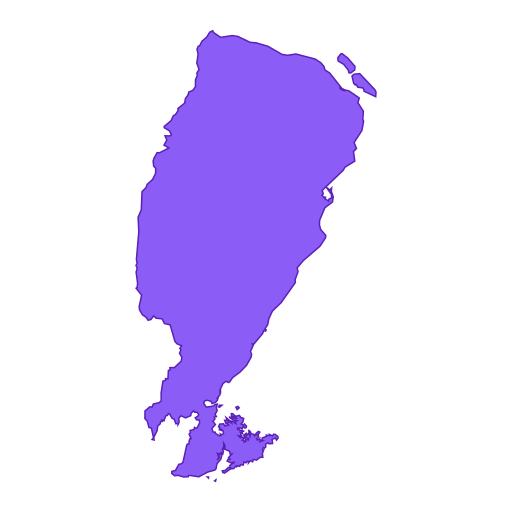 the district of Lombok Timur, Nusa Tenggara Barat, Indonesia
{"feature_id": "22746128B55307338459902", "entity_name": "Lombok Timur", "entity_type": "district", "adm_level": 2, "iso_a3": "IDN", "parent_name": "Indonesia", "parent_adm1": "Nusa Tenggara Barat", "projection": "orthographic", "projection_center": [116.527, -8.592], "detail": "fine", "context": "isolated", "style": "filled", "palette": "violet", "viewbox_px": 512, "rotation_deg": 0, "n_neighbors": 0, "source": "geoboundaries", "source_scale": "gbopen_adm2", "svg_char_len": 6069}
<svg xmlns="http://www.w3.org/2000/svg" viewBox="0 0 512 512"><path d="M151.4,428.0L153.5,437.7L152.1,439.5L154.1,440.0L153.7,437.6L157.1,430.7L157.7,426.1L160.2,423.8L160.6,421.5L162.3,421.4L162.2,419.9L164.0,420.8L165.7,415.9L167.5,415.4L168.3,413.6L169.7,414.1L171.9,418.1L174.2,419.3L175.9,423.8L177.9,423.5L178.0,424.6L179.1,422.2L178.8,417.9L181.1,415.8L185.6,417.9L190.8,415.6L191.1,413.3L193.6,410.8L194.6,412.2L197.3,412.3L198.6,414.7L198.1,416.0L195.2,417.8L196.5,419.8L199.2,420.1L199.7,422.6L197.3,427.5L195.8,428.2L194.5,427.4L193.9,429.5L190.0,430.5L190.5,432.3L189.1,434.2L191.1,438.6L190.0,438.6L189.2,440.6L188.9,444.1L187.4,444.1L186.7,445.2L183.0,462.2L181.2,463.9L178.8,464.3L175.5,470.4L171.8,471.4L171.7,473.5L174.8,475.8L177.8,475.3L183.7,477.0L188.3,476.7L188.4,475.7L189.9,475.4L198.8,476.8L207.9,472.0L214.8,470.1L216.1,468.6L216.9,463.9L220.9,459.1L222.2,453.4L218.9,454.7L219.2,457.6L217.1,460.2L218.8,457.4L217.4,453.3L219.1,454.0L221.5,452.5L222.8,453.9L223.4,451.6L222.4,449.1L222.8,448.2L223.7,448.9L223.7,443.2L224.8,445.0L225.1,449.3L229.6,451.3L230.2,454.3L231.9,454.0L228.6,457.5L229.9,459.1L228.2,459.1L227.1,461.0L231.0,462.9L234.8,462.0L229.7,465.5L230.8,468.1L228.4,467.4L225.0,470.6L222.3,470.7L222.8,472.5L224.5,473.1L230.7,468.8L233.7,468.6L236.0,465.8L236.7,466.8L237.6,465.7L239.7,466.4L240.6,464.6L243.2,465.1L244.0,461.9L246.0,462.8L247.5,461.3L248.6,461.7L248.5,462.9L250.1,460.8L252.7,461.8L253.3,459.4L256.5,460.1L260.4,457.2L262.8,457.3L262.4,453.4L263.7,450.0L262.7,450.1L262.6,449.0L263.3,447.6L264.4,448.2L265.7,447.1L265.8,444.0L267.9,442.8L269.0,443.8L272.6,443.5L272.1,439.3L275.4,438.1L276.5,440.1L278.1,438.0L277.9,436.5L275.3,434.5L273.6,434.2L272.5,435.9L269.5,434.5L269.8,435.5L266.3,435.1L266.7,436.3L262.3,437.9L261.9,440.0L263.1,440.5L260.0,441.6L260.7,440.0L259.3,439.5L259.6,438.5L257.5,440.1L256.5,438.9L258.6,436.8L258.2,434.8L259.8,432.1L258.4,431.4L256.0,433.5L256.8,434.8L254.8,434.7L254.6,435.7L253.6,434.2L250.1,433.6L250.1,436.2L248.6,433.7L250.7,432.2L248.5,429.9L249.2,432.4L246.7,435.3L246.1,433.3L243.9,435.2L245.1,436.0L244.2,436.7L248.6,438.4L248.4,440.0L245.7,439.1L245.8,441.7L243.9,441.9L244.1,440.6L242.4,440.2L244.3,438.4L242.0,437.5L241.7,435.9L240.3,437.7L238.5,435.9L240.1,436.2L241.0,433.8L240.4,432.4L242.5,433.4L241.8,431.6L244.2,431.2L239.6,430.1L238.8,428.8L237.6,429.4L237.4,428.1L240.2,427.8L242.2,428.9L243.1,426.6L245.1,428.1L246.2,427.4L246.5,426.1L244.4,424.0L243.4,425.2L241.1,423.9L242.7,422.4L243.7,418.4L240.7,417.4L239.4,415.4L235.6,416.3L232.6,413.6L231.3,413.6L231.6,416.5L233.7,416.4L236.7,418.4L235.6,419.1L235.1,418.3L229.6,417.1L229.6,417.5L234.6,420.9L236.9,420.8L235.2,422.2L235.7,423.4L231.9,421.1L230.7,421.1L231.5,423.0L229.5,421.8L227.9,422.2L229.3,420.3L226.2,417.7L227.2,420.3L224.6,420.3L226.1,423.9L226.9,423.1L228.6,425.1L224.8,426.0L223.6,423.8L219.6,424.1L218.6,426.8L219.5,426.8L219.5,428.7L221.2,429.2L219.8,429.9L223.2,431.0L223.5,433.6L221.5,434.8L220.3,434.0L220.6,435.7L219.5,435.8L215.6,433.5L215.1,432.1L213.1,432.1L211.9,428.4L215.4,424.6L213.0,421.2L214.9,419.1L214.3,417.0L216.4,416.6L215.1,414.2L217.2,410.7L216.3,407.6L217.4,404.1L214.9,404.5L213.2,406.1L206.4,407.1L203.7,403.5L204.5,401.1L207.0,400.2L211.1,401.4L212.0,403.6L215.7,402.2L217.3,400.4L218.0,398.0L217.3,398.0L219.9,394.9L220.0,391.0L220.5,391.8L220.5,388.8L223.0,383.5L225.9,381.3L228.4,382.5L229.8,381.8L232.5,377.7L240.1,372.0L246.5,365.4L251.0,357.4L251.6,354.4L250.5,351.5L253.5,344.6L251.4,343.7L254.0,343.9L262.6,333.6L263.7,330.6L265.6,331.1L266.2,329.9L264.8,329.0L267.6,324.9L268.9,318.6L272.4,311.1L281.1,302.7L295.4,282.5L295.1,279.7L298.0,271.8L297.2,267.8L303.5,260.4L320.0,246.2L325.5,237.8L325.8,235.4L320.6,229.4L319.4,224.6L319.7,220.1L324.9,207.7L332.5,202.0L333.2,196.8L331.3,191.3L331.6,188.0L330.0,189.8L329.0,189.4L327.3,187.9L326.7,187.8L331.5,194.5L331.5,197.9L328.9,199.2L328.6,201.1L324.7,198.6L325.5,197.3L323.4,196.9L322.0,195.0L323.3,193.8L322.2,190.4L343.4,170.1L344.8,167.3L354.8,161.1L353.5,151.6L356.5,148.5L354.1,142.6L361.9,130.5L363.6,121.4L362.8,119.0L363.4,111.3L357.9,102.7L359.3,98.0L349.1,91.0L344.1,89.7L343.2,89.8L345.2,90.9L343.2,90.4L340.1,88.7L340.0,87.1L342.5,89.3L344.0,89.4L342.1,88.7L329.7,73.0L324.9,69.9L323.9,66.3L320.8,62.7L315.1,59.0L295.9,54.0L287.5,55.3L282.0,54.4L267.7,46.2L256.0,42.8L250.1,42.3L237.7,36.4L232.3,35.6L220.6,37.3L213.5,32.5L212.7,30.7L209.7,32.2L206.8,37.0L201.9,41.3L199.8,45.5L198.2,46.3L197.0,49.3L198.1,54.2L196.8,63.1L199.0,69.3L196.8,73.3L197.3,75.5L195.5,79.6L195.4,86.9L192.6,90.5L188.9,91.9L187.9,95.2L185.4,98.5L184.7,103.1L177.9,108.5L178.1,110.6L175.5,114.5L173.3,115.8L171.1,120.6L164.2,126.4L164.2,127.7L169.4,130.8L171.4,134.8L170.1,135.9L165.0,135.8L166.8,140.0L164.0,145.2L168.9,147.9L159.7,152.7L157.1,152.7L154.1,158.0L153.1,161.1L153.7,166.2L155.7,168.3L155.6,173.3L152.5,179.6L147.2,184.3L146.0,187.6L142.0,191.7L141.3,209.8L138.1,217.2L138.8,231.7L136.4,259.6L137.1,263.3L136.0,265.5L137.2,268.1L136.1,272.1L137.6,283.4L137.1,287.4L136.1,288.2L141.6,295.2L139.2,306.4L139.5,309.8L142.5,314.9L146.0,317.2L148.1,320.3L151.0,319.5L153.6,315.9L156.1,318.2L162.2,318.9L164.4,323.5L170.2,324.9L174.9,341.4L177.0,343.8L181.7,345.8L179.8,348.3L180.9,350.0L179.5,353.3L181.8,357.1L181.3,361.0L174.4,367.6L169.9,367.6L170.2,369.9L168.4,370.4L167.9,378.8L165.5,378.6L165.6,380.2L162.9,381.2L161.1,393.1L161.2,400.7L159.1,402.7L153.4,403.9L152.0,407.1L149.9,406.8L145.0,410.9L144.9,418.6L147.4,421.4L148.9,427.5L151.4,428.0ZM359.7,73.6L353.8,74.3L352.0,76.1L353.7,83.4L355.2,84.9L356.0,84.4L357.8,87.2L363.2,88.0L364.2,91.3L375.7,96.7L376.0,92.0L374.8,89.6L359.7,73.6ZM347.7,58.0L342.2,53.7L340.8,53.9L337.8,57.7L338.1,61.0L343.8,64.4L348.4,70.3L348.8,72.7L350.7,73.0L354.7,70.0L355.0,66.4L347.7,58.0ZM237.9,406.4L235.9,407.2L237.2,409.6L239.2,407.8L237.9,406.4ZM221.9,405.2L219.4,405.2L218.6,406.9L219.6,407.2L221.9,405.2ZM207.3,477.0L208.5,478.1L208.6,477.0L207.3,477.0ZM215.5,481.3L215.8,479.9L214.6,480.8L215.5,481.3Z" fill="#8b5cf6" stroke="#5b21b6" stroke-width="1.5"/></svg>